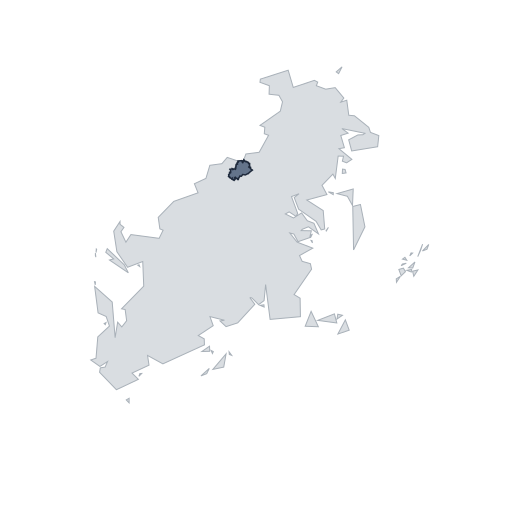 Russia, with Novosibirsk highlighted, rotated 136°
{"feature_id": "RUS-2403", "entity_name": "Novosibirsk", "entity_type": "Region", "adm_level": 1, "iso_a3": "RUS", "parent_name": "Russia", "parent_adm1": "", "projection": "mercator", "projection_center": [80.57, 55.289], "detail": "fine", "context": "in_parent", "style": "filled", "palette": "slate", "viewbox_px": 512, "rotation_deg": 136, "n_neighbors": 0, "source": "natural_earth", "source_scale": "10m", "svg_char_len": 7376}
<svg xmlns="http://www.w3.org/2000/svg" viewBox="0 0 512 512"><g transform="rotate(136 256 256)"><path d="M341.1,372.7L329.8,375.3L331.8,373.2L331.1,368.3L336.3,367.3L340.0,356.3L331.1,358.3L313.4,336.0L304.9,339.1L306.3,342.3L299.5,351.7L277.2,352.4L253.8,341.7L250.1,350.8L238.1,346.6L226.2,353.3L216.4,346.1L208.2,346.9L200.7,332.4L192.4,336.4L181.7,328.4L163.1,334.1L165.1,338.2L160.2,342.5L162.4,347.2L137.9,343.3L129.8,348.5L127.9,355.7L134.2,363.3L128.1,369.2L132.5,378.2L130.0,380.2L103.8,367.3L112.1,351.4L92.0,341.8L90.8,338.2L94.3,336.6L90.0,327.6L82.1,322.1L83.1,308.6L88.2,307.8L82.5,305.0L91.5,292.8L87.8,288.5L85.5,270.2L87.8,265.4L84.0,257.3L92.6,250.1L114.2,265.1L108.6,275.2L98.6,272.3L94.9,269.0L92.4,268.6L105.7,288.0L104.4,280.4L111.3,283.8L117.2,272.5L121.8,275.6L119.9,258.9L126.1,260.1L128.0,264.2L123.7,267.0L127.5,270.8L145.1,256.7L143.8,261.5L159.4,261.0L162.3,250.9L180.6,261.0L176.1,242.0L187.8,227.7L191.0,229.5L188.7,239.2L192.8,260.1L187.9,271.5L181.8,270.9L189.2,274.1L196.5,257.6L199.7,256.8L201.5,264.7L205.7,265.9L202.6,257.3L193.3,255.3L194.6,245.7L191.6,239.3L195.7,228.5L198.0,240.6L204.2,243.1L205.9,242.9L198.7,235.7L204.6,231.9L215.8,237.1L213.5,245.5L215.7,249.1L216.8,237.4L209.7,222.2L224.4,226.1L226.5,220.1L222.2,212.7L225.2,207.9L255.4,201.8L253.6,195.0L266.2,181.5L289.9,200.6L268.9,228.8L281.2,218.3L287.9,219.2L288.1,228.4L288.6,229.8L289.4,230.0L290.4,222.1L315.6,220.6L326.6,226.0L327.0,234.3L323.3,231.7L331.2,244.4L335.2,235.6L352.8,238.9L350.8,232.4L354.8,227.9L397.9,243.1L403.1,259.8L408.8,251.8L426.5,257.9L426.3,249.0L449.3,256.8L449.3,281.0L445.7,283.7L441.7,280.9L436.1,283.2L445.0,285.0L447.1,296.0L442.1,293.6L426.0,307.7L410.1,307.4L405.8,316.6L409.1,324.8L393.2,346.2L391.4,322.8L414.1,295.1L401.5,304.5L401.8,298.2L394.0,299.3L387.3,308.4L389.4,311.4L357.7,312.3L341.3,330.7L356.2,337.1L353.1,355.7L341.1,372.7ZM181.6,192.6L152.0,224.4L145.1,220.5L157.4,201.3L181.6,192.6ZM359.5,332.6L364.2,354.9L360.4,352.8L361.5,363.0L357.9,364.6L356.9,341.1L359.5,332.6ZM139.5,236.7L151.5,225.3L148.8,235.5L154.4,244.6L139.5,236.7ZM345.5,206.4L356.4,198.5L365.8,204.4L345.5,206.4ZM244.4,151.7L256.3,166.8L239.8,159.9L244.4,151.7ZM240.5,137.9L251.3,143.0L236.1,148.0L240.5,137.9ZM260.3,161.8L269.4,171.3L254.8,177.9L260.3,161.8ZM367.7,207.6L373.2,205.6L378.9,208.0L367.7,207.6ZM62.7,332.3L69.9,329.8L70.4,332.7L62.7,332.3ZM133.8,145.7L140.1,143.2L127.9,148.8L133.8,145.7ZM355.5,219.6L361.3,224.9L352.1,223.4L355.5,219.6ZM136.6,255.4L133.4,258.4L131.8,256.4L133.5,253.2L136.6,255.4ZM145.8,141.3L151.6,138.5L154.5,141.6L145.8,141.3ZM165.3,140.9L162.6,147.1L158.4,144.9L159.4,140.9L165.3,140.9ZM171.0,142.1L166.2,141.1L173.2,139.5L171.0,142.1ZM157.8,246.5L159.4,251.9L156.4,247.9L157.8,246.5ZM241.5,154.4L237.6,157.3L235.0,153.3L241.5,154.4ZM149.2,133.5L156.6,131.8L153.9,136.3L149.2,133.5ZM449.3,242.6L446.1,241.8L449.3,238.5L449.3,242.6ZM128.3,142.1L132.8,144.0L123.7,144.3L128.3,142.1ZM188.1,225.5L184.0,226.3L188.1,225.1L188.1,225.5ZM285.6,213.6L287.3,217.6L284.2,215.4L285.6,213.6ZM423.8,250.8L421.2,252.1L419.8,250.9L423.8,250.8ZM156.2,148.5L152.9,146.4L158.3,148.2L156.2,148.5ZM155.4,136.6L157.5,141.0L153.4,138.2L155.4,136.6ZM372.0,366.4L371.3,367.8L369.5,369.7L372.0,366.4ZM150.5,148.2L152.8,152.0L149.8,151.6L150.5,148.2ZM204.3,231.2L201.4,232.8L200.7,232.5L204.3,231.2ZM412.2,312.9L410.1,312.3L412.1,311.3L412.2,312.9ZM355.1,216.1L353.9,219.2L353.1,216.9L355.1,216.1ZM347.0,329.2L347.4,331.5L346.2,330.9L347.0,329.2ZM391.7,346.9L390.0,349.7L389.5,348.9L391.7,346.9ZM145.3,149.3L142.3,150.5L141.3,149.3L145.3,149.3ZM206.3,226.2L205.6,229.0L205.0,228.2L206.3,226.2ZM343.6,203.7L341.9,205.8L342.5,201.4L343.6,203.7ZM366.0,371.5L368.7,369.6L366.0,372.0L366.0,371.5Z" fill="#d9dde1" stroke="#a8b0b8" stroke-width="1"/><path d="M200.2,333.6L200.5,333.4L200.5,333.2L200.7,332.9L200.6,332.7L200.8,332.5L200.8,332.4L200.7,332.3L200.3,332.4L200.2,332.5L199.8,332.9L199.7,332.9L199.2,332.8L199.1,333.0L197.9,333.7L197.9,332.0L198.1,331.9L198.2,331.7L198.1,331.4L197.9,331.3L197.9,331.2L197.8,330.9L197.6,330.8L197.4,330.7L197.5,330.5L197.4,330.4L197.1,330.4L197.1,330.0L197.2,329.9L197.1,329.7L196.8,329.5L196.8,329.4L196.9,329.2L196.9,328.9L196.7,328.8L196.7,328.7L196.5,328.4L196.7,328.1L197.0,327.9L197.0,327.7L196.9,327.6L196.7,327.7L196.8,327.3L196.6,327.1L196.4,326.9L196.5,326.8L196.8,326.9L197.1,326.8L197.1,326.7L196.9,326.4L197.0,326.3L197.5,325.8L197.6,325.6L197.9,325.5L198.0,325.3L198.1,325.2L198.5,325.2L198.8,325.1L199.0,325.0L199.4,325.0L199.4,324.8L199.3,324.7L199.2,324.7L198.9,324.4L198.8,324.0L199.0,323.9L198.8,323.7L198.7,323.8L198.5,323.7L198.4,323.9L198.3,323.6L198.7,323.4L198.8,323.1L199.0,323.0L199.1,322.9L199.3,322.6L199.2,322.0L199.2,321.8L199.2,321.7L199.1,321.2L198.9,320.5L198.9,320.3L200.6,320.5L200.9,320.6L204.5,320.7L204.5,320.9L207.3,321.7L208.9,323.8L209.0,323.9L211.0,323.5L211.7,324.2L212.0,324.7L213.0,324.3L213.5,324.3L213.8,324.3L214.0,324.2L214.4,324.1L214.8,323.9L214.9,324.0L215.0,323.9L215.0,323.6L215.3,323.5L215.5,323.6L215.7,323.4L216.1,323.8L216.1,324.0L215.9,324.2L216.0,324.3L215.8,324.5L215.7,324.8L215.8,324.9L216.0,324.9L215.9,324.9L215.9,325.0L216.0,325.3L216.1,325.5L216.3,325.9L216.3,326.0L216.5,326.2L216.5,326.3L216.4,326.3L216.4,326.5L216.2,326.4L216.2,326.7L216.1,326.9L216.1,327.0L216.3,327.1L216.5,326.9L216.5,327.0L216.9,327.1L217.1,327.1L217.1,326.8L217.2,326.7L217.3,326.4L217.5,326.3L217.6,326.2L217.7,325.9L217.8,325.8L217.8,325.7L218.4,325.6L218.6,325.7L218.7,325.8L218.8,325.9L218.9,325.6L219.2,325.6L219.2,325.8L219.3,326.0L219.1,326.0L219.1,326.4L219.3,326.5L219.4,326.8L219.2,326.9L219.2,327.0L219.3,327.1L219.5,327.2L219.7,327.4L219.8,327.8L219.7,327.9L219.7,328.0L219.8,328.1L219.5,328.3L219.8,328.3L220.0,328.3L220.0,328.8L219.9,329.0L220.1,329.3L220.1,329.9L220.1,330.0L220.3,330.3L220.4,330.5L220.5,330.6L220.4,330.9L220.4,331.0L220.2,331.1L220.3,331.2L220.4,331.5L220.2,331.7L220.5,332.3L219.6,332.8L219.3,333.2L219.3,333.4L219.2,333.5L218.9,333.4L218.7,333.5L218.6,333.4L218.4,333.4L218.0,333.6L217.9,333.6L217.7,333.8L217.7,333.7L217.3,333.7L217.1,333.7L216.9,333.7L216.7,333.9L216.7,334.2L216.7,334.3L216.4,334.4L216.2,333.9L216.1,334.0L216.0,333.9L215.7,334.2L215.6,334.3L214.9,335.1L214.7,335.4L214.7,335.5L214.4,336.0L214.5,336.2L214.4,336.2L214.3,336.4L214.2,336.3L214.1,336.2L213.9,336.0L213.7,335.9L213.5,335.7L213.6,335.4L213.5,335.5L213.4,335.6L213.1,335.4L212.9,335.3L212.7,335.4L212.7,335.2L212.4,334.8L212.5,334.8L212.7,334.6L212.7,334.3L212.5,334.2L212.4,334.2L212.2,334.4L212.0,334.5L212.0,334.4L212.1,334.1L211.9,334.0L211.8,333.9L211.7,333.9L211.4,333.8L211.1,333.7L210.9,333.3L210.7,333.1L210.6,332.7L210.3,332.8L210.2,332.8L210.3,333.1L210.2,333.1L209.8,333.4L209.7,333.4L209.6,333.5L209.4,333.8L209.3,333.7L209.1,333.8L208.8,334.0L208.6,333.9L208.4,334.0L208.0,334.5L207.9,334.5L208.0,334.5L207.9,334.6L208.0,334.7L207.9,334.8L207.7,334.9L207.4,335.0L207.2,335.3L206.9,335.5L206.8,335.3L206.6,335.4L206.5,335.5L206.1,335.5L206.0,335.4L206.0,335.6L205.9,335.6L205.6,335.5L205.2,335.7L204.9,335.7L204.9,335.8L205.0,336.0L204.8,336.1L204.6,336.2L204.4,336.3L204.1,336.2L204.0,335.8L203.9,335.8L203.4,335.9L203.3,336.0L203.6,336.3L203.4,336.4L203.3,336.5L203.2,336.7L202.9,336.9L202.5,336.5L199.9,334.4L199.8,334.2L199.5,333.6L199.8,333.5L200.1,333.6L200.2,333.6Z" fill="#64748b" stroke="#1e293b" stroke-width="1.5"/></g></svg>